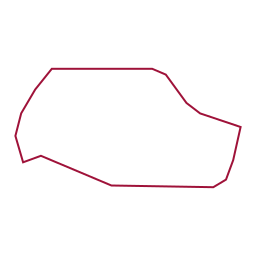 an SVG outline of Paris
{"feature_id": "FRA-5333", "entity_name": "Paris", "entity_type": "Metropolitan department", "adm_level": 1, "iso_a3": "FRA", "parent_name": "France", "parent_adm1": "", "projection": "albers", "projection_center": [2.343, 48.859], "detail": "fine", "context": "isolated", "style": "outline", "palette": "rose", "viewbox_px": 256, "rotation_deg": 0, "n_neighbors": 0, "source": "natural_earth", "source_scale": "10m", "svg_char_len": 308}
<svg xmlns="http://www.w3.org/2000/svg" viewBox="0 0 256 256"><path d="M23.1,162.3L15.4,135.9L21.2,113.3L35.2,89.5L51.8,68.8L152.2,68.8L165.8,74.6L186.5,103.0L200.1,113.4L240.6,127.0L233.2,160.1L226.0,179.6L213.3,187.2L111.4,185.5L40.9,155.8L23.1,162.3Z" fill="none" stroke="#9f1239" stroke-width="2"/></svg>